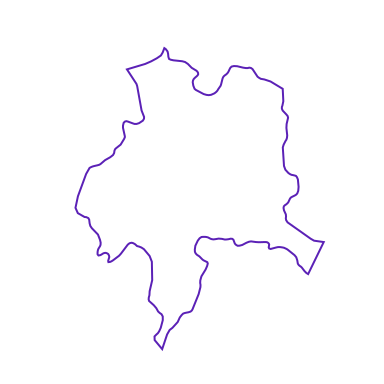 the County of Meath, rotated 257°
{"feature_id": "IRL-715", "entity_name": "Meath", "entity_type": "County", "adm_level": 1, "iso_a3": "IRL", "parent_name": "Ireland", "parent_adm1": "", "projection": "mercator", "projection_center": [-6.777, 53.646], "detail": "fine", "context": "isolated", "style": "outline", "palette": "violet", "viewbox_px": 384, "rotation_deg": 257, "n_neighbors": 0, "source": "natural_earth", "source_scale": "10m", "svg_char_len": 3879}
<svg xmlns="http://www.w3.org/2000/svg" viewBox="0 0 384 384"><g transform="rotate(257 192 192)"><path d="M326.1,156.2L327.3,175.2L328.5,181.6L330.2,187.8L332.0,192.4L334.5,194.8L338.4,197.4L337.1,198.6L334.4,199.8L332.1,199.8L329.1,199.4L327.6,199.5L326.8,199.6L325.7,201.0L324.5,203.5L321.6,211.9L320.2,214.5L317.7,216.8L313.1,219.6L309.3,223.5L308.1,224.3L306.7,224.7L305.3,224.5L304.4,223.7L303.6,222.4L303.0,221.2L302.3,220.0L301.5,218.9L300.3,218.0L298.8,217.4L295.3,217.2L292.0,217.7L290.6,218.7L284.8,225.4L283.4,227.9L282.6,230.1L282.4,232.5L283.1,236.1L284.1,238.2L285.1,239.6L286.2,240.6L289.0,243.7L290.2,244.5L295.5,247.2L296.7,248.0L297.6,249.0L298.3,250.3L298.8,251.6L299.5,252.8L300.3,253.9L301.9,255.3L302.9,256.0L304.4,257.3L305.3,258.8L305.3,261.2L304.4,264.3L301.7,269.7L300.7,272.2L300.2,274.2L300.3,275.7L299.6,277.3L298.2,278.6L289.6,281.8L288.2,283.0L286.8,284.5L285.4,287.8L282.0,293.4L272.1,303.6L259.9,301.4L255.8,299.5L254.6,298.7L252.9,298.3L250.9,298.7L246.1,301.5L244.4,302.3L242.7,302.3L237.0,299.5L233.2,298.4L225.7,297.5L223.4,296.7L221.7,295.7L220.8,294.7L217.6,292.0L215.0,290.5L196.7,287.5L192.7,288.0L188.8,290.2L187.2,291.7L186.3,292.9L185.8,294.1L184.9,295.9L184.3,296.9L182.8,297.6L180.4,298.0L173.0,297.0L169.3,295.8L167.0,294.3L166.3,293.4L165.9,292.7L165.5,291.5L164.8,288.5L164.4,287.2L163.9,286.5L163.5,286.0L160.2,283.4L159.4,282.2L158.7,280.9L158.2,279.5L157.4,278.3L155.9,277.6L153.4,277.5L149.1,278.4L146.9,278.1L145.3,277.5L143.4,277.4L140.9,278.3L119.8,297.1L117.1,300.0L113.6,309.1L85.9,286.7L87.4,285.2L89.7,283.8L93.7,282.0L94.9,281.2L95.8,280.3L97.0,279.5L98.4,279.0L101.7,279.2L105.0,278.9L107.4,277.7L114.0,272.5L115.1,271.5L116.9,269.2L117.5,268.0L118.3,266.0L118.7,264.7L119.0,263.2L119.0,261.1L118.8,255.8L119.6,254.5L120.8,254.3L123.5,255.4L124.1,255.3L125.1,254.9L126.0,254.1L126.6,252.8L127.0,251.1L127.3,249.4L128.0,245.9L128.9,242.9L130.6,238.4L130.7,236.3L130.3,233.6L129.1,229.1L129.0,226.4L129.3,224.5L130.2,223.4L131.2,222.6L132.3,222.1L136.2,221.6L137.3,220.7L137.8,219.2L137.8,216.9L138.0,214.9L138.3,213.3L139.6,210.6L140.6,207.5L140.8,204.0L141.0,202.2L141.6,200.7L142.3,199.5L144.2,197.3L144.9,195.9L145.4,194.5L145.8,192.8L146.0,191.1L145.2,189.0L143.3,186.7L138.9,183.2L135.3,181.8L133.1,181.4L131.9,181.6L130.7,182.1L129.6,182.8L127.6,184.7L124.0,186.9L122.9,187.8L120.2,191.1L118.8,191.3L116.5,190.1L113.4,187.8L107.7,182.2L104.0,180.2L101.5,179.5L99.6,179.4L97.4,178.8L91.0,175.5L77.7,166.2L76.6,165.2L75.8,163.7L75.6,161.5L75.7,159.4L75.7,157.6L75.5,156.0L74.4,154.2L72.5,151.9L68.5,148.8L64.0,142.3L62.6,139.2L58.8,135.7L45.6,127.6L56.1,122.3L59.7,123.0L61.1,125.2L62.1,127.0L63.7,128.7L66.7,131.0L73.7,134.7L77.3,135.5L79.8,134.8L81.3,133.4L83.2,132.1L86.8,131.1L90.3,129.3L95.4,125.7L97.1,125.6L99.0,126.2L101.0,127.3L104.8,128.4L115.1,133.4L133.1,137.2L139.2,136.3L147.1,132.3L149.3,130.2L150.7,128.2L151.7,126.3L153.9,124.8L155.3,123.3L156.1,121.9L156.2,120.2L155.8,118.8L155.1,117.5L147.9,108.9L146.3,106.6L143.2,99.7L142.6,98.0L142.3,96.4L142.5,94.8L143.7,94.8L147.3,96.8L148.9,96.8L150.4,96.4L151.4,95.4L152.1,94.3L152.3,92.8L152.0,91.2L151.4,89.7L151.1,88.2L151.2,86.6L152.4,86.0L153.7,86.2L155.3,86.7L156.6,87.3L157.8,88.1L159.9,90.2L161.1,91.0L163.2,91.6L166.1,91.6L171.7,90.8L179.2,86.3L181.8,85.3L184.5,85.2L188.2,85.6L189.9,85.1L191.3,83.3L191.8,81.7L197.1,76.0L202.8,74.9L213.5,79.9L233.4,92.9L238.5,97.6L238.9,99.0L239.2,100.7L239.3,102.4L239.3,106.0L239.4,107.8L239.8,109.1L242.6,114.5L244.3,120.2L245.8,123.4L247.5,124.9L249.8,125.8L251.1,126.8L251.9,128.2L254.2,133.1L259.0,137.8L260.5,138.9L261.4,139.1L270.1,139.2L272.2,139.7L274.8,141.0L275.7,142.4L275.8,143.9L275.1,145.3L271.9,150.2L271.2,151.4L270.8,153.4L271.0,155.9L272.6,160.2L274.2,161.7L275.9,162.2L282.8,161.2L307.5,162.4L309.8,162.2L324.8,156.7L326.1,156.2Z" fill="none" stroke="#5b21b6" stroke-width="2"/></g></svg>